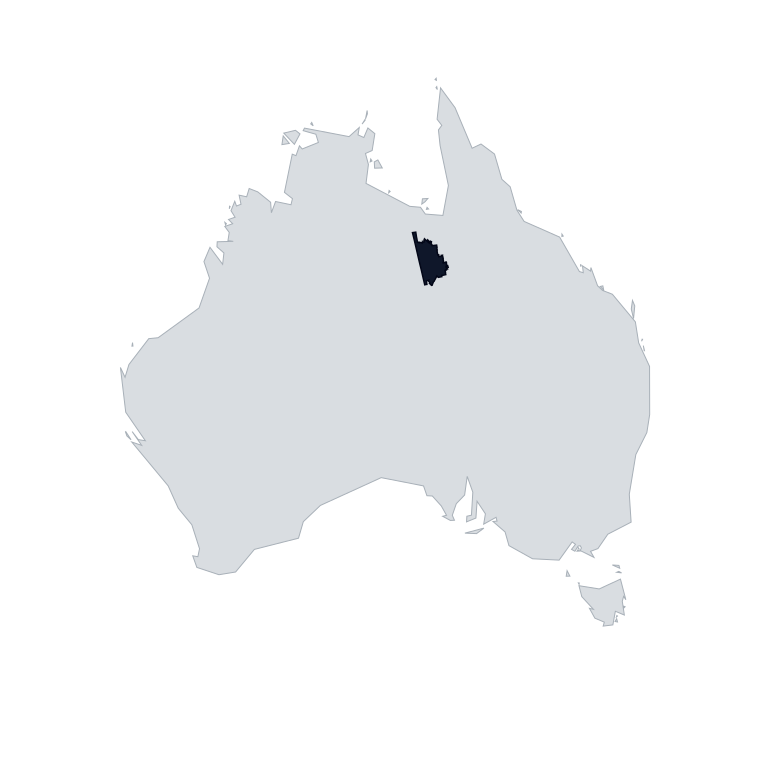 Mount Isa, Queensland, Australia shown in context, rotated 347°
{"feature_id": "25037944B13114344079677", "entity_name": "Mount Isa", "entity_type": "district", "adm_level": 2, "iso_a3": "AUS", "parent_name": "Australia", "parent_adm1": "Queensland", "projection": "equal_earth", "projection_center": [139.561, -19.747], "detail": "fine", "context": "in_parent", "style": "filled", "palette": "ink", "viewbox_px": 768, "rotation_deg": 347, "n_neighbors": 0, "source": "geoboundaries", "source_scale": "gbopen_adm2", "svg_char_len": 6359}
<svg xmlns="http://www.w3.org/2000/svg" viewBox="0 0 768 768"><g transform="rotate(347 384 384)"><path d="M515.4,130.8L522.9,174.1L532.5,172.0L543.4,184.8L544.9,211.1L551.3,220.2L552.6,244.5L557.1,257.1L588.2,280.4L599.7,318.4L603.2,320.4L604.0,313.6L610.7,320.5L611.8,317.1L614.2,336.3L618.0,342.0L626.7,347.9L642.9,380.0L641.4,401.2L646.7,426.6L636.0,473.5L629.2,490.4L613.5,509.4L598.2,546.6L593.7,574.2L568.3,580.7L555.4,592.5L547.6,593.5L549.6,600.2L537.7,590.4L539.5,588.1L538.8,585.7L536.6,585.6L532.4,589.9L529.5,587.3L534.5,583.3L531.8,580.2L515.0,595.0L489.4,587.7L469.4,569.6L468.7,555.4L459.3,542.5L463.3,543.0L463.2,539.1L449.6,543.0L453.6,533.3L448.3,519.2L443.4,535.3L433.4,536.9L435.0,531.5L439.7,531.5L446.2,509.4L444.3,492.7L437.6,510.3L427.5,516.9L421.0,527.3L422.0,532.6L418.0,531.9L411.4,526.1L415.4,526.0L412.4,515.7L405.9,504.0L400.7,502.5L399.6,492.2L360.2,474.6L294.7,488.0L274.4,500.0L266.0,515.0L220.5,516.0L197.1,533.8L180.3,532.7L160.4,520.6L159.0,508.4L163.8,510.4L167.2,503.0L165.1,477.9L155.6,458.8L150.8,434.7L125.2,383.8L134.1,389.3L127.9,373.7L132.1,382.9L138.7,385.6L126.0,353.4L130.9,308.6L133.2,319.2L139.9,307.6L165.0,286.9L174.3,288.1L220.9,268.3L237.8,241.7L236.1,224.2L245.2,211.7L253.7,231.1L257.5,220.3L252.1,212.7L253.5,207.9L269.2,211.1L264.2,209.2L267.3,201.5L264.3,194.7L272.6,193.8L269.5,188.7L276.4,188.0L273.9,180.7L279.7,172.4L280.3,177.4L285.1,176.7L285.3,167.4L292.3,170.7L296.6,163.2L304.2,168.4L314.4,181.4L312.8,191.8L319.4,181.8L333.7,188.4L336.5,182.8L330.1,174.9L346.3,139.4L349.6,141.7L355.2,132.9L357.2,136.6L374.4,133.9L373.8,125.3L362.2,119.0L364.1,116.8L405.6,135.1L417.6,128.5L414.7,135.4L419.8,139.3L425.9,130.9L431.4,138.0L425.0,153.8L417.8,155.2L418.2,166.6L411.6,184.5L449.1,216.7L459.3,220.0L462.5,227.7L479.3,233.0L491.4,205.1L492.3,164.2L494.2,148.7L498.5,145.0L495.3,138.0L505.7,108.2L515.4,130.8ZM528.6,624.4L547.6,632.1L570.5,627.3L571.1,648.6L569.7,644.8L567.3,649.3L566.2,663.2L558.3,657.5L552.8,670.2L543.1,669.2L545.1,665.6L536.8,659.6L533.7,648.8L537.4,650.7L528.9,635.7L528.6,624.4ZM342.8,117.0L354.8,116.9L358.4,121.4L350.6,130.3L342.8,117.0ZM429.3,547.5L448.9,546.9L440.5,550.6L429.3,547.5ZM428.4,164.3L430.9,173.1L423.4,171.6L424.5,165.4L428.4,164.3ZM641.9,376.3L641.8,366.6L644.9,358.5L645.9,364.3L641.9,376.3ZM565.8,611.7L572.1,613.6L572.2,616.5L565.8,611.7ZM341.6,119.6L345.9,128.3L338.4,127.8L341.6,119.6ZM521.9,613.0L518.3,612.3L520.4,607.1L521.9,613.0ZM468.5,213.1L464.9,215.7L461.3,217.2L463.1,212.2L468.5,213.1ZM125.0,381.5L121.8,376.8L121.3,372.5L121.7,372.3L125.0,381.5ZM570.6,619.4L573.0,621.5L568.4,619.8L570.6,619.4ZM616.6,337.6L619.3,337.6L619.2,341.9L616.6,337.6ZM553.5,244.2L556.7,246.8L556.1,248.3L553.5,244.2ZM557.9,665.0L558.0,668.4L555.7,667.4L557.9,665.0ZM645.3,404.9L645.3,410.2L645.0,410.1L645.3,404.9ZM373.1,116.5L371.1,114.1L372.4,112.9L373.1,116.5ZM428.6,117.0L425.7,121.4L429.1,113.7L428.6,117.0ZM646.0,398.6L644.6,400.3L645.6,398.4L646.0,398.6ZM433.3,197.8L431.6,198.7L432.5,196.6L433.3,197.8ZM422.5,164.0L420.5,164.5L421.7,161.8L422.5,164.0ZM148.3,287.1L147.9,290.6L146.9,290.4L148.3,287.1ZM502.3,106.1L502.2,109.1L501.3,106.9L502.3,106.1ZM536.6,586.9L537.0,588.6L536.3,588.1L536.6,586.9ZM425.0,122.7L421.1,125.8L425.1,121.9L425.0,122.7ZM274.0,176.4L272.7,178.5L273.5,176.0L274.0,176.4ZM559.3,662.6L558.1,663.2L558.8,662.0L559.3,662.6ZM466.8,223.5L464.6,223.4L465.7,221.6L466.8,223.5ZM266.5,192.3L265.4,193.4L265.3,190.7L266.5,192.3ZM568.8,655.3L567.1,656.3L567.6,654.4L568.8,655.3ZM503.6,97.8L503.4,99.9L502.2,98.9L503.6,97.8ZM535.6,589.2L537.2,590.8L534.4,590.3L535.6,589.2ZM591.9,280.2L590.5,280.3L591.1,278.0L591.9,280.2ZM602.8,313.3L602.0,313.3L602.6,311.5L602.8,313.3ZM529.5,621.8L529.0,623.1L528.6,621.5L529.5,621.8Z" fill="#d9dde1" stroke="#a8b0b8" stroke-width="1"/><path d="M466.5,291.3L466.9,291.3L468.8,291.3L468.9,289.1L469.0,289.1L469.0,288.0L469.0,287.6L469.0,287.1L469.8,287.2L469.8,286.5L470.6,286.5L471.0,286.6L471.1,286.4L471.2,286.2L471.3,286.0L471.2,286.0L471.3,286.0L471.2,285.9L471.2,285.7L471.0,285.4L470.9,285.3L470.9,285.2L471.0,285.0L470.9,284.9L470.8,284.7L470.7,284.6L470.7,284.4L470.7,284.2L470.7,283.9L470.8,283.9L470.8,283.7L470.9,283.4L470.9,283.2L471.0,283.1L471.2,283.3L471.3,283.4L471.4,283.5L471.5,283.5L471.8,283.6L472.0,284.0L472.2,284.3L472.3,284.4L472.3,284.5L472.5,284.6L472.6,284.8L472.8,284.8L472.8,284.7L472.7,284.3L472.7,283.9L472.7,283.6L472.7,283.3L472.7,283.2L472.6,282.8L472.6,282.7L472.4,282.6L472.1,282.5L471.8,282.4L471.7,282.3L471.7,282.2L471.8,282.1L471.8,281.9L471.7,281.7L471.7,281.4L471.7,281.2L471.7,280.9L471.7,280.7L471.8,280.6L471.9,280.4L472.0,280.4L472.0,280.2L472.1,279.9L472.1,279.7L472.2,279.4L472.1,279.2L471.9,279.0L471.6,279.1L470.9,279.3L470.7,279.3L470.4,279.4L469.9,279.3L468.9,279.5L468.9,279.4L468.9,279.2L469.0,278.9L468.9,278.7L469.0,278.6L469.5,278.6L469.6,277.4L469.6,277.2L469.6,276.6L469.7,275.8L469.7,274.8L469.9,274.8L469.9,273.3L469.9,271.9L469.7,271.9L469.8,271.7L469.3,271.7L468.9,271.6L468.8,272.6L468.0,272.5L467.9,272.4L467.0,272.3L466.0,272.2L466.3,270.4L465.4,270.3L465.5,269.1L465.5,267.7L465.6,266.7L465.7,265.3L466.0,265.3L466.0,264.1L466.0,262.7L466.4,262.7L466.5,260.5L463.8,260.2L461.9,260.0L462.0,259.0L461.7,259.0L461.6,258.8L461.6,258.6L461.4,258.4L461.3,258.2L461.8,257.2L461.6,257.1L462.0,256.3L462.2,256.0L461.9,255.8L461.3,255.3L459.8,256.9L459.4,256.3L459.0,255.9L459.1,255.7L459.3,255.6L459.5,255.5L459.6,255.4L459.8,255.3L460.0,255.2L459.0,253.4L458.1,254.5L456.1,251.7L456.0,251.9L455.6,252.5L455.3,252.8L455.7,253.1L455.0,254.7L454.3,254.7L454.0,254.3L453.9,254.2L453.9,254.3L453.7,254.6L453.3,255.0L453.2,255.1L452.9,255.4L452.2,254.4L450.1,254.3L450.1,253.7L448.5,253.5L448.7,249.5L448.7,248.6L448.8,246.8L448.9,246.4L448.9,245.7L449.1,243.2L445.8,242.9L445.9,250.7L445.9,251.3L445.9,251.8L445.9,254.0L445.9,258.6L445.9,259.2L445.9,261.5L445.9,261.8L445.9,273.4L445.9,274.4L446.0,281.1L446.0,291.5L446.0,296.5L447.2,296.5L448.2,296.6L448.3,295.4L448.4,293.0L449.8,293.0L450.6,293.0L450.2,293.4L451.1,294.5L451.6,295.3L450.9,296.1L452.5,298.6L453.1,298.6L453.4,298.1L454.7,296.2L455.1,295.6L455.9,295.2L456.8,294.1L457.8,293.0L459.0,291.6L459.1,291.4L459.8,290.6L460.9,292.3L464.5,292.4L464.5,291.9L464.5,291.1L465.0,291.2L465.3,291.2L465.5,291.2L466.3,291.3L466.5,291.3Z" fill="#0f172a" stroke="#020617" stroke-width="1.5"/></g></svg>